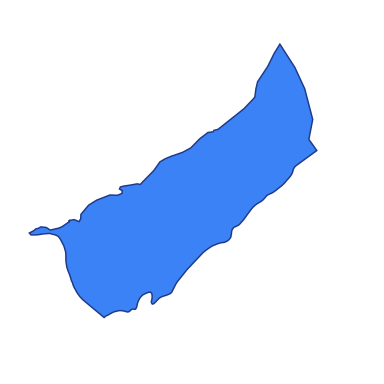 Qarah, Hajjah, Yemen, rotated 55°
{"feature_id": "15242507B20225444371684", "entity_name": "Qarah", "entity_type": "district", "adm_level": 2, "iso_a3": "YEM", "parent_name": "Yemen", "parent_adm1": "Hajjah", "projection": "equal_earth", "projection_center": [43.48, 16.353], "detail": "fine", "context": "isolated", "style": "filled", "palette": "blue", "viewbox_px": 384, "rotation_deg": 55, "n_neighbors": 0, "source": "geoboundaries", "source_scale": "gbopen_adm2", "svg_char_len": 3425}
<svg xmlns="http://www.w3.org/2000/svg" viewBox="0 0 384 384"><g transform="rotate(55 192 192)"><path d="M121.3,35.2L125.5,45.0L132.6,58.0L139.3,75.0L144.0,80.3L150.3,86.1L151.0,88.8L153.6,101.8L153.6,102.1L155.6,134.8L154.1,138.6L154.8,140.2L153.4,142.9L152.4,144.8L152.7,151.7L152.8,154.8L155.2,167.8L154.1,177.0L151.0,187.9L150.8,188.6L149.4,194.8L149.4,195.1L148.9,200.9L152.5,210.9L154.2,219.9L155.5,227.0L156.2,230.1L155.2,230.9L153.8,232.4L152.1,236.1L150.7,239.1L147.9,244.7L146.8,247.8L148.0,249.7L150.9,248.4L153.0,250.2L152.4,252.9L151.9,255.0L147.4,260.9L144.9,271.1L144.0,274.7L143.5,284.3L144.4,287.6L146.6,295.8L150.1,298.5L151.5,301.5L147.1,304.3L147.0,304.5L145.4,307.8L144.9,308.5L144.9,309.2L145.2,309.5L145.6,309.2L145.9,309.3L146.0,309.7L145.9,318.2L145.3,321.3L145.2,321.7L141.9,330.0L137.5,331.7L133.9,335.8L133.9,336.1L133.5,339.2L132.7,340.6L132.9,344.2L132.3,348.8L134.8,348.5L136.6,346.0L138.4,343.2L139.8,340.4L141.1,337.7L142.1,336.0L142.7,335.0L143.6,333.5L144.3,332.4L145.6,331.3L146.1,330.8L146.4,330.6L147.4,329.8L147.8,329.4L148.4,328.8L149.0,328.4L150.8,327.4L151.4,327.1L153.2,326.9L154.3,326.9L155.0,326.9L155.9,327.0L156.9,327.1L158.6,327.3L159.7,327.5L161.3,327.7L162.4,327.8L163.9,328.3L164.9,328.6L166.7,329.2L169.3,330.2L171.6,331.7L174.1,333.4L176.2,334.8L176.4,335.0L179.2,336.4L181.9,337.7L184.9,338.6L187.4,339.2L190.2,339.9L190.5,340.0L192.8,340.7L195.4,341.6L198.0,342.0L198.6,342.2L200.5,342.9L203.4,343.4L206.7,343.7L207.2,343.8L209.2,343.9L209.7,343.9L213.0,343.9L217.3,343.3L227.0,340.7L244.4,336.0L244.4,335.9L244.2,333.8L244.2,333.3L244.6,331.5L245.0,327.0L245.5,324.4L246.7,321.3L247.7,319.1L249.5,317.0L251.1,315.4L252.4,314.5L253.1,313.8L253.5,313.3L253.8,312.4L253.9,311.3L253.7,310.5L253.7,310.4L253.6,309.7L253.6,308.9L253.8,308.0L254.5,306.9L255.3,306.2L255.5,305.6L255.5,305.1L255.1,304.4L254.5,303.3L252.6,301.2L251.7,300.2L251.3,299.7L250.0,297.5L249.0,295.6L248.3,293.1L248.1,291.1L248.5,288.3L249.0,285.9L249.8,284.0L250.3,283.5L251.2,283.2L252.1,283.2L253.7,283.9L254.4,284.4L255.2,284.9L257.0,286.5L258.3,288.0L259.3,288.7L260.2,288.8L260.6,288.8L261.0,288.8L261.3,288.3L261.5,287.6L261.5,286.6L260.6,281.9L260.2,279.8L260.3,277.4L261.1,274.5L261.8,272.4L262.2,270.8L262.6,269.0L262.7,267.5L262.4,265.9L261.6,264.5L259.7,260.9L259.2,260.1L259.1,259.9L258.4,258.5L257.6,256.9L256.8,254.6L252.8,240.8L252.5,239.6L248.0,217.8L247.8,216.0L247.7,213.7L247.7,213.3L247.7,211.6L247.7,209.6L247.7,207.8L247.9,205.8L248.4,203.8L248.8,201.8L249.3,200.1L249.9,198.2L250.6,196.6L251.0,195.9L251.6,194.9L252.1,193.1L252.4,191.2L252.3,189.2L251.8,187.4L251.1,185.9L249.8,184.7L248.7,183.5L247.5,182.6L246.3,181.3L245.5,179.9L245.0,177.9L245.3,176.0L245.7,174.1L245.8,172.3L245.5,170.5L245.0,168.8L244.6,166.7L244.0,164.8L243.3,162.7L242.7,161.1L242.1,159.3L241.5,157.6L240.9,155.7L240.3,154.0L239.8,152.2L239.7,151.7L239.4,150.4L239.1,148.5L239.0,146.6L239.0,144.7L239.2,142.8L239.3,141.0L239.3,139.1L239.0,137.2L238.5,135.4L238.0,133.5L237.8,131.7L238.1,129.8L238.5,128.0L238.8,126.0L238.8,124.2L238.8,122.3L238.6,120.4L238.5,118.4L238.4,116.5L238.3,114.7L238.0,112.8L237.7,110.9L237.2,109.1L236.7,107.3L236.3,105.5L235.8,103.4L235.4,102.1L235.2,101.5L234.4,99.8L233.4,98.2L232.2,96.8L231.2,95.4L230.4,93.5L230.1,91.6L229.6,66.0L215.9,66.1L201.8,51.5L176.2,42.0L172.2,40.5L148.9,36.3L130.6,35.6L121.3,35.2Z" fill="#3b82f6" stroke="#1e3a8a" stroke-width="1.5"/></g></svg>